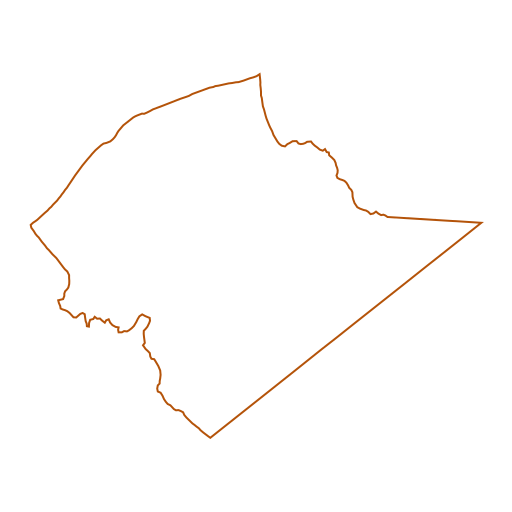 outline of Abaetetuba, Pará, Brazil
{"feature_id": "56859067B37467363108415", "entity_name": "Abaetetuba", "entity_type": "district", "adm_level": 2, "iso_a3": "BRA", "parent_name": "Brazil", "parent_adm1": "Pará", "projection": "natural_earth1", "projection_center": [-48.934, -1.739], "detail": "fine", "context": "isolated", "style": "outline", "palette": "amber", "viewbox_px": 512, "rotation_deg": 0, "n_neighbors": 0, "source": "geoboundaries", "source_scale": "gbopen_adm2", "svg_char_len": 3266}
<svg xmlns="http://www.w3.org/2000/svg" viewBox="0 0 512 512"><path d="M481.3,222.8L456.5,221.2L450.6,220.9L387.5,217.0L385.4,215.5L383.4,214.7L381.1,215.1L378.4,213.6L376.0,211.6L373.4,213.5L370.5,214.1L368.2,211.8L366.0,210.5L363.7,210.0L359.9,208.6L357.3,207.2L354.5,203.0L353.3,199.5L352.6,196.8L352.4,192.2L351.3,189.9L349.2,187.8L348.1,185.4L346.4,182.7L344.5,180.9L342.4,180.0L339.8,179.2L337.4,177.9L336.5,175.5L337.5,172.9L337.7,170.3L337.1,167.8L336.1,165.4L335.6,162.9L334.3,160.0L331.8,157.5L329.2,155.3L328.8,152.5L326.7,152.1L325.0,149.1L322.8,150.7L319.8,149.6L317.2,147.4L314.7,145.6L312.6,143.6L311.0,141.5L307.1,141.8L305.1,143.1L303.1,143.8L300.7,144.1L298.5,143.5L296.6,141.1L292.6,141.2L289.5,143.1L287.4,144.1L285.0,146.4L281.7,145.7L279.2,143.8L277.4,141.5L273.5,135.0L272.1,131.1L270.2,127.5L269.2,125.3L266.5,118.6L265.6,115.6L264.0,109.4L262.9,106.3L262.3,102.0L261.8,98.1L261.0,95.5L261.0,91.7L260.7,88.1L260.3,85.0L260.4,82.4L260.2,79.7L259.6,74.2L256.5,76.2L253.2,77.4L249.8,78.3L243.6,80.6L238.6,82.1L235.8,82.3L232.2,83.0L228.7,83.4L225.1,84.2L218.3,85.7L215.3,86.1L213.3,87.0L209.5,87.7L198.6,91.7L192.3,94.0L188.9,95.9L186.1,96.9L180.1,98.9L168.4,103.5L162.5,105.8L152.9,109.4L150.1,111.0L146.7,112.7L144.1,113.8L142.0,113.6L137.1,115.5L135.1,116.4L133.2,117.5L123.3,125.3L118.6,130.8L117.3,132.8L116.1,135.1L114.7,137.2L112.9,139.2L110.3,141.4L106.5,142.9L103.5,143.6L101.2,145.2L95.5,150.2L92.0,154.0L90.4,156.0L87.5,159.3L84.7,162.7L82.4,165.5L75.2,175.3L70.2,182.8L68.7,185.0L66.9,187.8L65.1,189.9L63.5,192.3L61.8,194.4L60.4,196.5L58.8,198.3L57.1,200.6L53.1,204.6L51.2,206.9L49.5,208.3L47.5,210.6L44.9,212.8L41.5,215.9L37.3,219.8L35.4,221.2L33.1,222.7L30.7,224.9L31.3,227.7L33.8,231.1L35.4,233.8L37.1,235.9L38.7,237.4L41.7,241.6L45.0,245.5L47.0,248.3L48.8,250.0L52.4,254.2L56.4,258.1L63.2,267.2L64.9,269.3L67.3,271.5L69.1,275.1L69.1,278.0L69.3,280.9L69.2,284.1L68.3,287.6L66.9,289.5L65.1,291.3L64.3,293.6L64.3,296.0L63.1,299.1L60.6,299.7L58.2,300.3L58.9,303.0L60.2,306.0L60.6,308.5L62.5,309.4L65.1,310.2L67.3,311.2L69.6,313.0L73.5,317.3L76.2,317.5L80.3,313.9L82.6,313.0L84.7,314.2L85.1,317.4L85.7,321.2L86.7,323.7L86.9,326.2L88.9,326.6L89.1,322.9L90.2,319.8L93.3,319.0L94.7,316.8L97.1,318.7L99.9,318.5L102.2,320.7L104.8,322.7L106.2,320.3L108.7,319.3L110.1,322.5L112.4,325.1L115.6,326.9L118.6,327.4L118.1,329.8L118.6,332.3L121.9,332.3L124.1,331.1L127.0,331.4L129.0,330.3L131.7,328.2L133.9,326.0L136.3,322.0L137.7,319.1L139.4,316.3L142.2,314.4L145.3,316.1L147.4,317.0L149.7,317.9L150.0,320.8L149.1,323.2L147.4,326.7L145.7,328.8L143.8,330.8L143.7,333.8L144.0,336.9L144.8,342.9L143.0,345.3L145.6,349.0L147.9,351.1L149.8,353.1L150.3,356.6L151.5,358.8L154.2,359.2L155.7,361.6L158.3,366.0L160.2,370.5L160.6,374.9L160.2,378.4L159.7,381.0L159.6,383.6L157.8,385.4L157.2,388.6L157.8,391.5L160.6,392.7L162.5,395.7L164.0,399.1L165.8,401.8L167.7,404.0L170.4,405.3L173.9,409.1L176.0,410.3L178.5,410.1L180.7,411.0L183.1,412.3L184.3,415.0L186.4,417.5L192.4,423.4L194.6,425.0L196.4,426.5L198.9,428.3L200.4,430.1L203.1,432.4L207.7,435.9L210.3,437.8L271.2,389.5L298.1,368.1L321.6,349.3L336.7,337.5L353.4,324.2L379.3,303.7L404.2,284.0L421.3,270.4L429.1,264.2L447.6,249.6L461.6,238.5L481.3,222.8Z" fill="none" stroke="#b45309" stroke-width="2"/></svg>